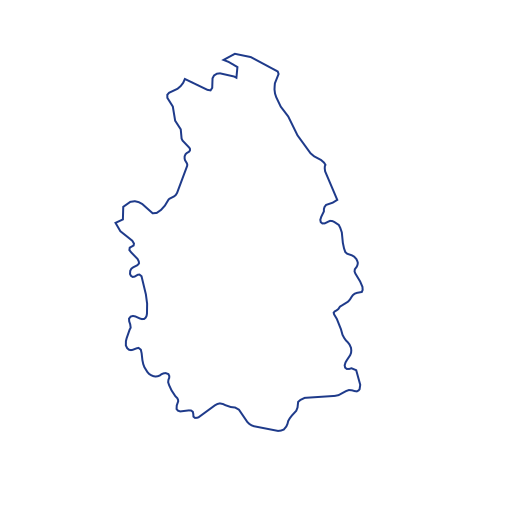 the Metropolitan department of Haute-Marne, rotated 28°
{"feature_id": "FRA-5300", "entity_name": "Haute-Marne", "entity_type": "Metropolitan department", "adm_level": 1, "iso_a3": "FRA", "parent_name": "France", "parent_adm1": "", "projection": "equal_earth", "projection_center": [5.241, 48.141], "detail": "fine", "context": "isolated", "style": "outline", "palette": "blue", "viewbox_px": 512, "rotation_deg": 28, "n_neighbors": 0, "source": "natural_earth", "source_scale": "10m", "svg_char_len": 3359}
<svg xmlns="http://www.w3.org/2000/svg" viewBox="0 0 512 512"><g transform="rotate(28 256 256)"><path d="M158.1,82.8L188.6,82.9L190.5,84.7L191.6,94.6L192.7,97.2L194.1,100.2L196.5,103.6L199.2,106.2L207.7,112.5L219.0,117.7L236.0,130.0L255.9,139.7L260.5,140.7L268.3,140.7L272.2,141.6L274.5,142.9L274.6,143.4L274.6,144.3L275.5,146.3L277.3,148.8L301.4,168.3L298.7,172.9L293.9,178.0L293.5,180.5L293.9,182.6L295.0,184.8L295.2,190.7L295.8,193.9L297.3,195.7L299.3,196.1L301.3,195.0L302.5,193.4L303.7,191.7L304.9,190.2L307.1,189.3L309.2,189.2L314.5,189.7L317.2,191.6L320.7,194.9L326.5,203.6L330.1,207.9L333.0,210.6L335.4,211.2L340.3,210.4L343.0,210.5L346.1,211.6L348.0,213.1L349.0,214.1L349.5,215.2L349.8,216.4L350.0,218.0L349.5,221.3L349.7,221.9L350.3,223.4L351.9,224.8L359.9,229.6L364.5,233.3L366.1,235.9L366.3,238.1L362.4,241.2L360.8,243.0L359.9,245.1L359.6,247.1L359.4,250.0L359.1,251.6L358.6,253.3L353.9,261.3L353.6,264.2L352.6,266.3L351.5,268.0L351.2,269.6L352.4,270.9L356.9,273.6L365.4,280.8L369.4,285.0L372.4,287.0L375.0,288.3L377.6,289.1L380.2,290.3L383.0,292.5L384.5,294.7L385.4,296.9L385.7,299.3L385.1,305.5L385.0,307.9L385.6,310.9L387.1,312.7L389.2,313.1L391.3,312.0L393.0,310.3L398.1,309.8L408.5,320.8L410.0,325.0L409.7,326.5L408.6,328.2L406.4,329.0L403.9,329.5L401.0,330.7L399.0,332.9L394.2,340.1L391.3,342.5L365.6,358.4L362.8,362.2L361.7,365.0L363.8,370.3L364.2,373.8L362.6,379.9L362.0,383.5L361.9,386.6L362.6,389.4L362.8,392.3L362.0,396.2L359.9,398.5L357.6,400.1L334.0,407.3L331.5,407.6L328.9,407.4L326.2,406.6L313.1,399.7L308.7,399.6L304.6,401.2L298.9,402.1L296.4,402.2L293.3,403.1L291.4,404.8L289.9,407.0L282.1,423.1L281.0,425.4L279.8,426.6L278.1,427.6L276.2,427.2L274.7,424.8L273.3,423.2L271.2,422.9L269.1,423.9L262.1,428.8L259.7,429.2L257.7,428.4L256.2,425.2L255.5,420.8L254.7,419.6L253.3,418.5L250.5,417.6L244.5,414.3L240.0,410.9L237.7,408.7L236.8,406.4L236.6,404.4L235.8,402.7L234.1,401.4L231.2,401.8L229.5,403.0L228.0,404.8L227.2,406.6L225.8,408.2L223.9,409.6L221.7,410.3L219.3,410.5L216.9,410.3L214.5,409.4L209.7,406.6L207.2,404.4L204.6,401.3L200.7,395.6L198.3,392.8L195.4,392.3L193.9,393.6L191.1,396.8L189.8,397.8L188.0,398.4L185.6,397.9L183.1,396.1L181.1,392.2L180.4,389.4L179.0,380.3L179.0,378.4L178.9,378.0L177.1,375.5L174.7,373.2L173.3,370.9L173.8,368.3L175.5,366.7L177.9,366.0L182.7,365.7L184.8,365.3L186.8,364.1L187.5,362.3L187.5,360.3L186.8,358.1L182.3,349.3L176.8,341.6L164.4,327.6L161.8,327.1L160.4,328.1L158.5,331.2L156.9,332.4L154.9,332.2L153.2,331.0L151.9,328.1L151.9,325.7L152.9,323.6L155.4,320.1L156.0,318.5L156.1,317.3L155.0,315.8L152.8,314.2L144.1,311.4L141.4,310.2L140.6,307.9L143.0,304.2L142.4,302.3L139.6,300.6L124.6,297.8L116.4,292.7L121.3,286.2L115.7,274.9L119.6,267.2L123.3,264.5L127.2,263.5L131.2,263.5L144.7,266.8L148.1,264.6L150.5,259.9L151.9,254.3L152.3,247.2L152.7,246.1L155.7,241.8L156.5,239.9L156.7,237.4L152.9,208.7L152.3,207.4L151.3,206.5L148.3,204.7L147.1,203.3L146.2,201.5L146.0,199.2L146.5,197.7L148.0,195.2L148.1,193.7L147.4,192.4L146.3,191.7L137.0,188.6L135.2,187.3L130.1,179.5L121.1,174.5L112.4,163.1L103.5,158.0L102.0,155.3L102.6,152.7L108.2,145.2L109.7,141.4L110.4,137.3L110.1,133.1L135.1,132.1L138.1,131.1L138.4,128.1L134.2,119.5L134.2,116.3L135.9,113.4L138.5,111.6L152.4,107.8L155.0,107.8L150.9,97.9L140.6,97.5L135.3,98.1L142.4,87.4L158.1,82.8Z" fill="none" stroke="#1e3a8a" stroke-width="2"/></g></svg>